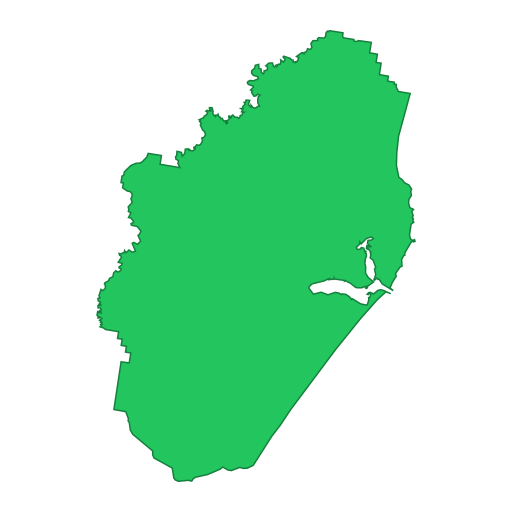 the district of Ballina, New South Wales, Australia
{"feature_id": "25037944B45717157651515", "entity_name": "Ballina", "entity_type": "district", "adm_level": 2, "iso_a3": "AUS", "parent_name": "Australia", "parent_adm1": "New South Wales", "projection": "robinson", "projection_center": [153.529, -28.853], "detail": "fine", "context": "isolated", "style": "filled", "palette": "green", "viewbox_px": 512, "rotation_deg": 0, "n_neighbors": 0, "source": "geoboundaries", "source_scale": "gbopen_adm2", "svg_char_len": 6015}
<svg xmlns="http://www.w3.org/2000/svg" viewBox="0 0 512 512"><path d="M209.4,107.7L209.9,111.1L207.1,110.3L205.9,111.2L207.6,112.3L206.9,114.4L204.0,116.4L203.6,117.7L199.1,119.8L200.4,120.7L199.6,121.5L201.3,123.3L200.3,125.0L202.9,130.4L204.5,131.5L205.5,134.7L204.0,137.3L201.8,138.0L202.5,141.0L200.6,144.3L199.2,145.3L196.6,144.8L195.1,147.0L193.9,147.2L194.0,148.3L195.2,148.3L195.1,149.3L192.7,150.8L191.1,150.8L188.9,149.1L188.8,150.2L187.3,148.9L185.3,149.1L184.8,153.3L182.3,156.2L181.5,152.4L177.0,151.3L176.7,155.5L175.6,156.6L175.8,159.0L178.5,160.7L177.9,163.4L179.9,167.6L160.1,164.3L161.4,155.5L148.2,153.4L146.7,157.2L142.0,162.0L139.3,163.2L136.2,163.2L130.8,165.5L124.3,171.9L123.7,175.2L122.0,176.1L121.0,182.6L123.4,183.0L122.6,187.8L127.2,191.0L130.4,191.7L132.2,194.2L131.8,197.3L130.9,198.6L132.2,202.5L128.2,206.8L128.8,209.7L128.3,211.4L130.9,212.8L128.5,217.6L130.9,218.0L133.6,221.6L133.6,222.5L131.0,223.6L131.4,225.2L137.2,226.5L140.9,231.1L139.6,234.1L138.0,235.4L140.6,241.2L137.5,244.3L133.8,242.4L132.2,243.3L135.5,251.2L132.4,252.3L129.0,250.0L126.1,252.7L124.6,250.6L124.3,252.5L120.4,253.9L119.1,253.5L119.5,255.1L121.2,256.2L121.3,257.5L118.2,262.3L122.2,263.4L121.5,265.2L118.9,267.0L119.3,268.1L121.1,268.7L120.9,270.4L118.0,272.1L115.8,270.7L113.6,273.0L112.9,276.7L109.5,278.4L108.6,280.7L104.8,282.9L104.4,283.9L105.2,284.9L105.4,288.5L102.5,290.6L101.0,289.4L99.0,295.6L99.9,297.9L97.9,298.4L98.3,300.9L100.1,302.2L101.0,301.8L99.6,303.6L100.9,305.0L99.5,305.4L98.8,304.5L97.9,305.9L98.1,307.9L100.1,307.8L101.3,309.4L99.1,311.2L101.0,311.4L101.2,313.0L99.7,312.2L98.7,313.0L97.6,311.8L97.0,315.4L98.5,316.8L97.9,317.9L99.1,318.0L99.5,316.8L101.9,318.6L99.5,320.2L101.2,321.1L100.4,322.1L102.0,322.8L100.7,324.4L101.9,324.9L100.0,326.8L103.5,327.9L105.5,329.5L118.6,331.7L117.5,338.5L122.2,339.2L121.2,345.4L126.4,346.3L125.5,352.1L130.8,353.0L129.2,362.9L121.1,361.8L113.9,409.5L125.8,411.7L128.4,418.6L128.1,420.8L129.3,422.7L130.3,430.1L132.8,434.3L152.7,451.0L152.7,454.9L154.1,458.1L172.2,468.0L173.9,478.2L175.4,480.0L178.5,481.3L188.1,480.3L191.7,481.1L193.4,478.6L195.7,477.2L207.4,474.6L220.3,469.1L222.8,467.0L227.6,469.9L231.2,470.6L239.8,467.4L243.2,468.4L247.3,468.2L253.2,465.4L271.9,436.1L280.5,424.9L290.5,409.8L335.7,349.4L360.7,318.4L377.3,299.7L386.0,291.8L390.7,293.7L383.4,290.4L380.5,289.7L377.8,290.4L373.7,293.9L370.2,292.4L368.6,292.7L367.2,294.3L368.3,294.6L369.9,292.9L370.8,294.6L369.6,297.5L368.6,297.6L368.8,299.9L367.3,304.7L365.8,305.0L360.5,303.8L352.7,298.9L351.9,298.7L351.6,299.5L349.3,296.6L345.6,294.3L342.3,293.9L341.6,294.7L338.8,293.0L335.1,292.4L328.0,294.8L321.1,292.2L313.4,294.2L308.8,288.0L309.2,286.6L312.0,283.9L324.2,280.9L327.4,279.3L328.5,279.6L328.2,279.0L329.6,278.5L329.9,279.4L333.7,279.3L334.1,278.0L334.4,279.0L344.9,280.5L344.7,281.1L345.4,280.8L350.5,283.3L355.5,287.3L357.2,287.8L361.4,287.8L366.6,286.1L367.2,286.6L373.6,281.9L368.2,277.5L365.5,273.0L365.7,267.0L364.9,263.5L365.4,258.5L366.4,256.6L366.4,254.1L365.6,252.8L366.2,250.7L365.3,252.5L363.7,248.1L361.3,247.5L360.5,249.0L358.0,249.5L357.0,249.2L356.4,247.4L359.8,243.9L359.9,242.0L361.2,243.9L366.3,238.6L371.1,236.9L373.4,238.5L371.3,240.1L368.0,240.4L367.5,243.5L368.8,245.0L368.0,245.6L369.4,245.3L370.8,246.6L369.5,246.9L366.9,245.6L366.4,248.4L366.7,248.8L367.4,249.1L367.9,249.1L366.9,248.8L367.4,247.8L370.9,252.2L370.3,252.9L370.8,255.0L370.2,257.9L373.1,260.2L375.8,267.6L374.5,268.9L375.7,274.6L373.9,279.8L374.6,280.2L376.7,278.2L378.1,279.4L379.1,279.2L382.2,283.9L393.3,290.7L390.2,288.1L390.3,287.3L392.3,282.5L396.3,276.1L395.5,274.3L395.9,273.0L400.1,267.0L402.0,266.2L401.6,259.6L403.6,255.7L404.8,255.3L404.9,252.7L410.8,242.7L412.8,240.7L413.5,241.9L415.0,241.4L414.5,239.6L412.9,240.5L410.5,239.0L409.5,235.0L411.1,224.2L413.8,222.2L412.7,220.6L413.4,218.9L412.3,217.6L413.2,215.5L411.8,211.7L412.9,209.7L414.1,209.7L409.8,207.6L408.6,203.0L408.9,199.4L411.4,195.5L410.7,191.4L411.6,189.1L408.9,185.0L404.6,182.8L402.2,179.7L398.9,177.4L396.4,165.5L396.8,152.5L398.6,136.1L410.2,93.5L398.4,91.5L396.1,86.8L396.3,84.4L394.1,84.0L394.3,82.2L387.6,81.1L388.4,76.2L379.4,74.6L381.1,63.2L376.1,62.4L377.4,54.2L369.6,52.8L371.3,42.4L358.6,40.6L356.6,41.5L354.6,41.2L353.7,40.8L353.9,39.5L343.4,37.8L342.6,36.4L343.0,32.8L329.4,30.7L328.1,31.8L327.4,31.2L326.1,32.6L325.5,36.8L323.8,38.1L318.7,37.7L317.5,38.8L317.7,40.6L313.0,40.6L310.9,43.6L311.9,47.5L310.5,49.4L307.5,48.8L306.6,51.7L304.1,52.5L304.0,53.8L302.0,52.5L296.5,56.5L298.7,57.6L297.4,61.3L295.2,61.9L296.2,63.2L294.6,62.0L293.3,62.3L293.1,60.1L291.6,60.0L290.3,58.4L283.7,56.2L283.1,57.0L285.0,59.3L283.7,62.1L280.7,60.0L280.9,62.2L280.1,64.3L278.4,64.2L277.0,66.2L277.1,64.9L275.8,65.2L274.5,67.1L273.5,66.4L272.5,63.0L268.8,63.1L265.8,65.8L267.2,66.5L267.6,69.0L266.2,70.4L264.1,70.8L264.0,73.0L263.1,73.9L261.2,72.0L261.2,69.2L258.9,68.2L258.7,64.4L255.3,65.3L254.6,68.3L251.7,70.7L251.6,73.1L253.4,75.4L257.6,76.6L258.4,78.8L253.4,80.8L249.7,80.5L247.6,81.9L247.4,82.9L248.3,84.4L253.4,86.2L253.4,87.2L250.6,90.0L252.1,90.5L251.6,92.4L254.0,96.3L256.3,95.7L257.5,94.2L260.1,95.2L258.4,96.6L257.7,99.7L257.9,103.2L259.5,106.2L258.1,106.2L255.3,108.2L252.9,107.5L251.1,105.3L251.3,106.9L250.4,106.9L248.4,104.4L249.7,100.4L246.2,100.0L245.4,102.1L244.1,102.4L245.3,104.1L242.8,106.4L243.1,108.2L240.8,108.5L242.7,109.8L241.5,111.8L244.1,112.2L242.6,113.1L242.0,115.0L240.2,115.5L239.9,117.2L238.6,118.4L237.6,117.3L235.0,117.2L232.8,115.0L231.9,115.6L231.2,117.8L230.3,117.7L230.0,116.1L228.9,116.0L228.7,117.2L229.8,118.1L227.4,120.8L226.2,120.7L226.4,122.3L227.6,122.7L226.6,123.8L225.8,123.4L225.4,120.8L223.7,121.0L222.1,118.3L220.8,118.8L219.8,116.9L218.7,116.4L218.0,114.2L217.2,115.3L215.8,115.1L215.5,116.5L214.5,115.3L213.6,115.4L212.8,113.2L213.2,111.2L211.0,110.3L212.6,109.5L212.0,107.6L209.4,107.7ZM367.1,287.1L365.9,287.7L366.3,286.4L365.5,286.7L365.8,288.1L366.7,288.4L367.4,287.6L367.1,287.1Z" fill="#22c55e" stroke="#15803d" stroke-width="1.5"/></svg>